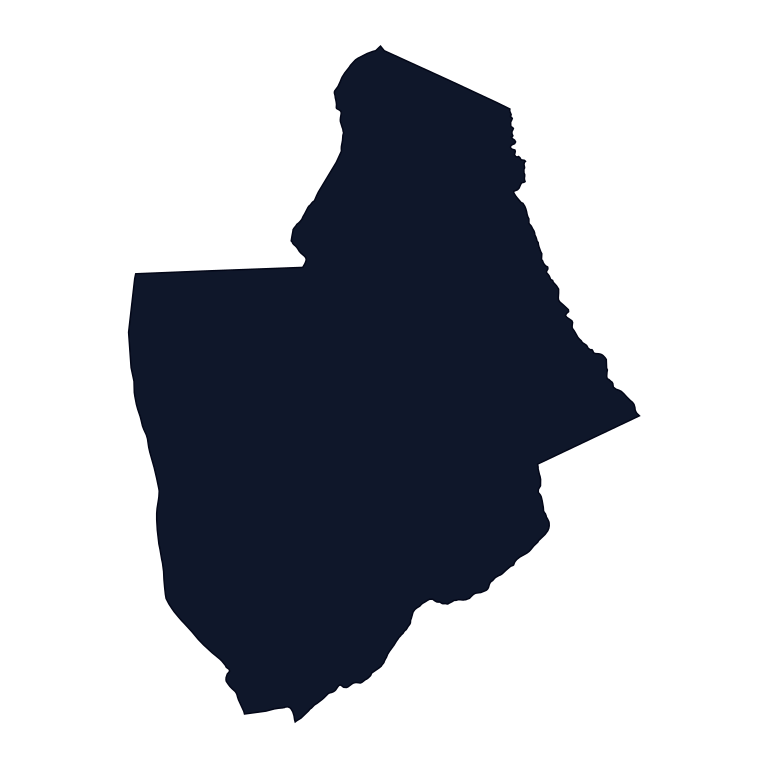 Tarbaj, North-Eastern, Kenya
{"feature_id": "3690345B53726856133736", "entity_name": "Tarbaj", "entity_type": "district", "adm_level": 2, "iso_a3": "KEN", "parent_name": "Kenya", "parent_adm1": "North-Eastern", "projection": "mercator", "projection_center": [40.301, 2.381], "detail": "fine", "context": "isolated", "style": "filled", "palette": "ink", "viewbox_px": 768, "rotation_deg": 0, "n_neighbors": 0, "source": "geoboundaries", "source_scale": "gbopen_adm2", "svg_char_len": 6087}
<svg xmlns="http://www.w3.org/2000/svg" viewBox="0 0 768 768"><path d="M244.5,714.0L266.0,711.1L274.3,708.9L278.8,708.2L282.3,707.9L283.8,707.6L284.3,707.6L285.1,707.1L287.6,706.8L288.8,707.2L290.2,707.9L291.0,708.8L292.2,710.8L292.8,711.9L294.0,715.7L294.6,719.8L295.2,721.9L296.6,720.8L301.0,718.1L308.6,710.8L309.7,709.4L310.8,708.4L311.3,708.2L314.4,705.0L317.1,703.3L322.2,699.4L324.0,697.8L328.3,693.5L329.6,692.9L331.4,692.5L333.0,691.9L333.9,691.4L335.1,690.5L335.6,690.0L338.0,686.5L339.1,685.3L340.2,685.0L341.4,685.5L343.2,687.0L343.8,687.3L346.4,687.5L347.8,687.0L352.1,683.8L353.5,683.0L355.9,682.5L359.2,682.8L360.0,683.0L360.7,682.9L362.1,682.2L365.6,679.5L366.6,679.1L368.0,678.1L370.4,675.8L370.9,675.0L371.4,673.5L371.8,673.0L372.6,672.4L379.0,668.0L381.2,666.2L382.0,664.9L383.5,663.1L384.0,662.3L384.2,661.5L385.4,659.0L386.4,657.4L387.6,654.3L389.6,651.1L393.0,646.5L393.2,646.0L393.7,645.6L396.5,641.0L397.7,639.4L399.0,637.4L400.8,635.6L401.0,635.0L401.5,634.7L403.1,633.2L403.7,632.1L404.7,630.8L406.2,629.6L408.2,626.3L409.7,624.4L410.4,622.9L410.6,620.2L411.3,618.3L413.0,612.2L414.2,610.4L415.0,609.4L416.7,608.0L419.8,606.1L421.3,604.4L422.5,603.4L425.6,601.6L427.1,600.6L429.4,599.3L432.4,599.2L432.8,599.3L434.6,600.7L436.7,601.9L438.1,602.1L439.7,602.0L442.3,603.6L443.5,603.7L445.5,603.6L447.2,604.0L447.8,604.0L448.3,603.7L448.6,603.4L449.5,603.0L452.8,601.3L453.7,600.5L456.2,600.3L458.2,599.7L459.9,599.7L462.9,600.0L463.7,600.0L464.3,599.8L465.9,599.7L466.7,599.3L469.5,598.3L471.3,596.4L473.2,594.6L474.9,593.5L476.2,593.1L479.9,592.6L480.6,592.6L485.5,590.6L486.5,590.1L487.7,588.9L488.5,587.4L489.2,584.8L489.5,584.0L490.4,582.3L491.6,581.2L492.5,580.7L494.6,578.3L495.6,577.4L499.1,575.4L500.1,575.1L501.0,574.6L502.3,573.7L505.8,570.4L509.7,567.0L511.0,566.1L513.0,565.4L513.7,564.8L514.0,563.7L514.9,561.7L516.7,559.5L519.7,557.1L527.0,553.0L529.1,551.4L530.7,549.7L533.8,545.9L537.8,542.1L538.2,541.3L538.7,540.5L545.0,534.5L547.8,530.7L548.4,529.2L548.8,528.2L549.2,525.8L549.1,522.9L548.8,521.6L547.4,518.7L546.4,517.1L546.1,515.7L545.3,513.6L544.4,512.6L544.0,511.8L543.6,511.2L543.3,507.3L542.2,500.9L541.4,497.5L541.1,496.5L540.4,495.1L538.3,492.4L538.3,490.6L538.5,489.1L540.5,485.8L540.6,479.4L540.0,476.2L539.4,474.5L538.1,468.8L538.1,467.0L537.6,464.1L639.4,415.8L636.8,413.3L635.7,411.4L635.1,409.7L634.9,407.5L634.0,404.4L632.5,402.3L630.3,400.5L626.4,396.6L623.8,393.7L621.3,391.4L618.9,390.2L616.0,389.2L613.3,387.1L612.8,383.5L612.0,382.1L610.7,381.2L608.9,379.5L607.2,378.7L606.7,376.3L607.0,372.0L607.4,370.0L606.6,368.1L606.3,359.5L605.0,357.6L603.1,355.6L601.7,354.6L600.0,354.0L598.0,353.7L595.5,353.6L593.4,352.7L593.0,351.2L592.0,349.7L590.3,349.7L588.2,348.3L586.6,345.4L584.6,344.0L582.4,342.6L581.1,340.6L579.5,339.2L577.9,337.4L575.3,332.7L573.9,330.4L572.8,329.0L572.1,327.4L572.2,325.4L572.6,322.5L571.9,320.8L566.8,317.3L565.4,315.4L566.6,313.4L568.6,311.7L568.4,309.7L563.6,305.2L559.9,302.0L558.6,300.1L558.3,297.9L558.6,293.0L558.6,289.1L556.5,285.8L553.3,282.3L552.6,280.4L550.7,279.5L549.3,276.1L548.2,274.5L546.6,272.8L546.6,271.1L547.7,269.4L547.9,268.1L547.6,266.9L545.8,266.0L544.3,264.4L543.2,262.6L542.7,261.0L541.5,259.4L541.8,253.7L540.7,251.6L538.9,246.6L538.4,244.5L538.2,242.6L537.0,240.9L536.6,239.1L535.9,237.0L534.9,235.0L534.6,232.8L533.9,230.8L532.7,228.9L531.3,226.1L529.1,223.6L528.9,222.6L528.9,218.9L527.8,216.7L527.1,214.4L526.6,211.7L525.8,208.8L524.8,206.3L522.9,203.3L521.1,202.5L517.1,197.8L515.7,196.0L513.8,192.9L513.7,191.3L517.5,189.8L519.1,188.1L520.7,184.4L521.7,182.8L523.9,182.3L525.1,181.6L524.5,179.6L524.4,178.1L524.7,176.1L524.7,174.5L524.0,172.9L523.9,169.5L524.6,167.9L524.5,166.9L524.0,164.7L524.3,162.6L525.5,161.3L524.4,160.3L521.1,159.8L519.9,157.6L518.5,156.5L517.3,157.0L515.9,156.7L514.5,154.9L515.0,152.8L515.3,151.3L514.9,150.0L513.1,149.5L511.5,148.9L510.5,147.6L510.6,146.2L511.3,145.3L512.7,144.5L514.6,143.7L515.6,141.9L514.6,140.1L512.1,138.4L511.3,137.0L512.4,136.7L512.9,135.7L512.1,134.2L511.9,132.5L512.1,131.1L512.9,129.8L513.4,128.4L512.4,127.4L511.2,126.8L510.8,125.7L510.7,123.8L510.7,122.0L511.5,120.5L512.3,118.5L511.5,117.3L510.5,116.7L510.4,116.0L511.2,114.9L510.8,113.6L510.1,112.1L509.7,110.5L509.9,109.0L496.9,102.6L448.4,80.0L384.2,50.7L380.5,46.1L375.7,50.7L372.9,51.4L367.2,53.5L358.0,58.2L355.5,59.9L353.6,61.9L350.5,65.3L349.3,67.2L344.8,72.9L342.2,77.0L341.2,79.2L340.4,81.3L338.0,86.5L334.8,90.8L334.4,91.9L334.4,93.1L335.1,95.8L335.3,97.8L335.9,100.3L336.3,102.6L336.5,104.7L336.3,107.5L336.6,108.5L339.5,110.1L340.6,111.0L341.1,112.1L341.2,113.6L340.5,117.7L340.3,119.8L340.4,121.5L342.2,127.4L342.8,128.9L343.1,131.1L343.6,132.8L342.9,135.3L342.5,140.5L341.4,146.4L341.3,148.4L341.4,151.2L336.3,162.3L318.4,192.0L316.6,195.7L314.8,199.9L314.2,201.0L313.2,201.6L312.2,202.5L310.2,205.1L309.0,206.0L308.0,207.4L304.7,213.8L303.1,216.5L301.8,219.4L299.9,221.7L298.6,223.0L296.9,224.3L295.8,226.0L294.2,227.9L293.1,229.6L292.9,231.3L292.0,236.0L291.2,240.9L292.2,242.0L292.7,243.2L293.6,244.4L295.6,246.1L296.8,247.4L298.1,249.3L299.3,251.3L300.9,253.1L304.3,256.0L305.6,257.5L306.2,259.1L306.0,260.7L305.4,262.4L304.8,263.8L302.7,267.4L202.8,271.1L135.7,273.8L134.7,278.7L128.6,332.3L131.1,367.6L134.0,381.3L134.3,392.5L134.9,396.5L136.4,404.3L137.7,409.1L140.2,416.5L140.8,418.8L142.5,426.0L143.8,429.4L146.4,435.0L147.0,437.1L147.5,438.8L148.7,447.2L149.8,452.1L154.2,467.7L156.7,478.4L158.9,489.0L159.2,491.1L158.9,496.7L158.5,499.6L157.1,508.4L156.7,513.4L156.7,519.5L157.3,530.0L158.9,544.0L160.0,549.3L161.7,559.3L162.5,563.0L163.6,571.5L164.0,580.0L164.6,587.0L165.4,594.4L166.1,598.5L168.9,603.9L172.1,608.8L174.2,611.8L178.5,617.0L181.7,620.7L184.3,623.4L191.9,631.7L198.3,639.4L201.5,642.7L203.5,644.8L212.2,652.8L219.9,659.1L222.0,661.2L225.4,665.4L226.3,667.3L229.0,669.2L229.7,671.1L228.4,672.8L227.3,674.0L226.1,677.6L226.0,679.9L226.3,681.3L228.1,684.0L229.9,686.4L231.9,688.5L235.1,691.4L236.0,692.6L236.9,694.4L237.6,697.1L238.5,699.8L243.8,711.3L244.5,714.0Z" fill="#0f172a" stroke="#020617" stroke-width="1.5"/></svg>